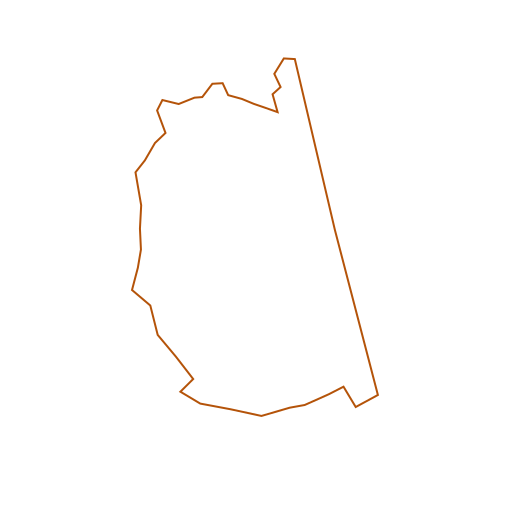 Syrianochori, Cyprus (Robinson projection), rotated 149°
{"feature_id": "46923920B17336171931984", "entity_name": "Syrianochori", "entity_type": "district", "adm_level": 2, "iso_a3": "CYP", "parent_name": "Cyprus", "parent_adm1": "", "projection": "robinson", "projection_center": [32.933, 35.219], "detail": "fine", "context": "isolated", "style": "outline", "palette": "amber", "viewbox_px": 512, "rotation_deg": 149, "n_neighbors": 0, "source": "geoboundaries", "source_scale": "gbopen_adm2", "svg_char_len": 667}
<svg xmlns="http://www.w3.org/2000/svg" viewBox="0 0 512 512"><g transform="rotate(149 256 256)"><path d="M130.4,411.0L146.5,402.7L147.9,388.2L158.5,386.1L163.4,368.2L172.5,379.2L179.5,387.5L187.2,397.9L197.0,408.2L195.6,421.3L204.7,426.1L220.2,419.9L227.2,423.4L244.0,426.1L255.9,437.9L265.8,431.7L270.2,408.1L284.4,404.9L302.0,395.2L316.2,389.8L328.3,358.6L341.4,339.2L351.3,320.8L363.3,306.8L379.8,290.7L372.1,268.0L380.9,239.0L376.5,210.9L373.2,182.9L390.7,178.6L379.8,158.2L356.7,137.7L333.7,116.1L305.2,108.6L291.0,103.2L264.7,100.0L248.3,98.9L248.3,75.2L223.1,74.1L174.9,237.9L121.3,404.8L130.4,411.0Z" fill="none" stroke="#b45309" stroke-width="2"/></g></svg>